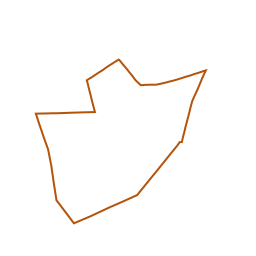 Peregu Mare, Arad, Romania, rotated 337°
{"feature_id": "2599482B68506151114116", "entity_name": "Peregu Mare", "entity_type": "district", "adm_level": 2, "iso_a3": "ROU", "parent_name": "Romania", "parent_adm1": "Arad", "projection": "equal_earth", "projection_center": [20.934, 46.249], "detail": "fine", "context": "isolated", "style": "outline", "palette": "amber", "viewbox_px": 256, "rotation_deg": 337, "n_neighbors": 0, "source": "geoboundaries", "source_scale": "gbopen_adm2", "svg_char_len": 1546}
<svg xmlns="http://www.w3.org/2000/svg" viewBox="0 0 256 256"><g transform="rotate(337 128 128)"><path d="M110.3,193.3L111.3,192.8L112.5,192.1L114.6,191.0L125.3,185.3L139.5,177.8L148.9,172.8L158.0,167.9L163.7,164.9L166.0,163.7L169.5,161.6L169.9,161.2L172.1,162.0L175.0,157.9L177.9,154.2L181.5,149.3L189.5,139.0L194.8,131.9L197.6,128.4L201.9,124.3L204.0,122.5L205.4,121.2L207.3,119.5L208.6,118.2L212.9,114.0L215.7,111.2L218.0,109.1L221.2,106.2L222.1,105.4L219.4,105.1L216.7,104.9L213.8,104.7L211.5,104.4L208.9,104.2L205.7,104.0L201.1,103.4L197.4,103.1L192.4,102.6L188.1,102.1L184.0,101.4L180.3,100.9L175.8,100.1L171.4,99.3L167.8,97.9L164.5,96.5L161.2,95.2L160.4,94.9L157.9,94.1L156.4,93.5L155.8,91.9L154.9,90.0L153.5,86.6L152.5,82.3L151.4,78.5L150.3,74.5L149.9,73.1L149.0,70.1L147.6,65.6L146.9,63.0L146.2,61.4L143.5,61.8L140.9,62.2L137.3,62.8L133.7,63.4L129.9,64.2L127.5,64.8L126.2,65.0L122.4,65.6L118.7,66.3L115.1,67.0L112.9,67.3L108.7,68.0L108.3,71.3L107.6,75.4L106.9,79.8L106.5,82.9L105.7,87.4L105.1,91.3L104.6,94.8L104.1,98.4L103.8,100.4L102.7,100.0L100.6,99.1L97.1,97.8L95.5,97.1L92.1,95.8L88.8,94.5L85.5,93.2L82.1,91.9L78.7,90.6L75.3,89.3L70.0,87.3L66.5,85.9L62.9,84.4L59.3,83.0L55.1,81.3L52.8,80.4L48.8,78.8L48.7,80.1L48.5,82.2L48.2,85.4L46.8,103.6L46.1,116.4L42.4,133.9L41.9,135.6L38.3,149.2L33.9,166.7L34.0,166.9L34.1,167.2L34.1,167.6L34.8,170.0L38.2,183.4L40.3,191.9L40.8,193.9L41.0,194.6L43.2,194.6L44.0,194.6L56.0,194.6L59.0,194.6L67.1,194.3L80.7,193.8L93.8,193.7L110.3,193.3Z" fill="none" stroke="#b45309" stroke-width="2"/></g></svg>